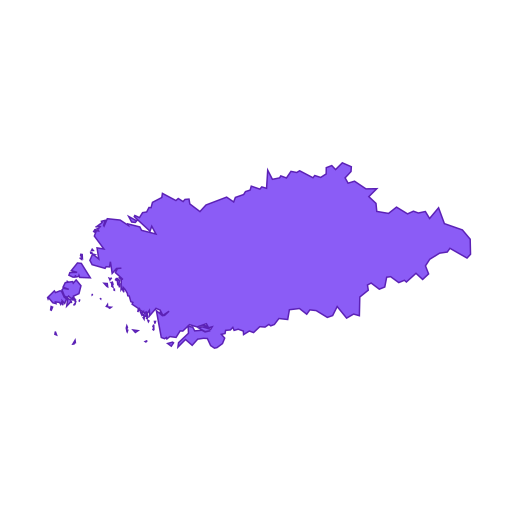 map outline of Krasnoyarsk (orthographic projection), rotated 258°
{"feature_id": "RUS-2603", "entity_name": "Krasnoyarsk", "entity_type": "Territory", "adm_level": 1, "iso_a3": "RUS", "parent_name": "Russia", "parent_adm1": "", "projection": "orthographic", "projection_center": [95.961, 66.535], "detail": "fine", "context": "isolated", "style": "filled", "palette": "violet", "viewbox_px": 512, "rotation_deg": 258, "n_neighbors": 0, "source": "natural_earth", "source_scale": "10m", "svg_char_len": 6064}
<svg xmlns="http://www.w3.org/2000/svg" viewBox="0 0 512 512"><g transform="rotate(258 256 256)"><path d="M183.1,160.7L187.3,162.2L194.5,173.9L201.4,175.0L199.5,179.3L195.5,180.5L194.6,187.7L192.3,190.4L192.4,195.8L192.7,190.4L197.5,185.0L197.9,188.6L193.7,196.4L195.9,198.5L195.7,194.7L200.1,193.4L198.9,183.6L202.7,176.7L197.8,168.8L198.5,166.2L193.0,160.9L195.1,155.0L193.4,151.6L194.9,151.3L194.1,149.4L196.0,146.4L223.2,147.2L217.1,152.0L216.9,154.2L220.1,159.5L217.2,152.6L223.0,151.0L225.6,147.3L219.7,139.6L225.0,140.4L222.5,137.7L223.6,137.2L219.8,135.5L221.5,133.1L224.3,136.6L223.8,135.1L226.7,132.0L226.0,131.3L228.4,131.1L225.8,128.7L229.1,130.1L234.6,124.8L236.2,125.9L237.3,124.1L243.2,123.7L243.8,122.3L246.2,122.4L250.5,121.0L252.7,119.7L248.0,119.2L252.2,118.1L251.1,117.0L261.6,119.5L260.9,120.9L269.0,115.0L272.5,117.9L272.1,121.8L272.8,117.0L268.9,111.7L280.7,112.4L275.8,110.4L276.7,107.2L275.3,105.8L281.6,93.9L286.3,92.6L291.9,96.6L285.7,101.6L297.0,102.2L294.5,108.7L309.1,102.0L313.9,105.1L313.2,107.2L316.2,106.5L315.8,108.0L317.4,109.0L316.8,110.6L318.2,106.9L320.7,112.4L322.1,112.0L322.3,116.7L322.0,115.0L320.0,115.2L320.1,114.7L317.6,113.3L316.8,113.6L323.4,118.3L319.4,130.6L312.3,137.6L314.0,137.4L308.6,148.4L304.9,149.4L298.3,162.7L306.8,160.2L302.3,157.5L319.8,145.1L320.8,145.9L317.8,150.0L322.0,154.1L321.8,158.2L325.7,161.4L325.1,163.4L330.0,165.9L332.8,176.0L336.7,177.5L326.9,189.2L328.4,191.9L324.4,196.0L326.1,198.3L325.6,202.3L320.7,202.1L311.1,210.4L316.3,217.7L319.7,239.5L313.5,245.4L317.6,248.0L318.7,256.7L321.2,259.1L321.7,264.0L325.3,265.9L320.6,273.7L322.4,276.0L320.0,280.4L337.5,285.3L327.6,288.0L327.5,295.3L329.2,296.9L326.0,302.0L331.5,307.8L329.2,313.2L330.3,316.4L320.7,328.0L322.5,330.2L319.4,335.6L321.7,341.7L327.8,343.1L328.7,348.9L324.0,351.8L329.2,359.8L323.5,367.8L318.9,366.5L313.9,359.4L308.1,361.2L308.7,367.9L298.8,377.5L296.7,388.1L290.6,378.7L282.5,384.3L274.5,383.4L270.1,394.5L274.6,403.6L265.7,413.0L267.1,419.3L264.3,423.7L264.3,430.9L256.6,433.6L265.2,444.6L248.5,447.0L238.6,463.3L227.9,469.0L213.1,466.2L210.1,462.0L223.2,447.3L220.1,443.9L220.6,436.2L216.7,425.3L211.1,419.7L202.6,421.1L198.4,414.1L205.8,408.9L199.3,397.7L201.4,396.1L200.3,390.1L207.8,383.4L208.1,379.4L198.9,375.5L197.9,369.7L205.6,363.0L204.5,359.0L199.2,358.7L194.3,349.0L176.1,344.7L178.9,339.4L176.4,331.7L189.7,324.9L181.8,318.6L181.1,313.0L190.1,303.5L192.1,297.5L188.5,293.5L195.6,287.6L196.5,277.5L187.3,273.8L190.1,265.4L185.2,259.7L184.6,255.9L186.4,254.4L184.6,250.1L186.1,245.0L181.6,237.7L184.0,233.9L181.7,227.5L185.2,228.0L188.1,223.4L187.8,219.1L191.0,218.5L189.0,215.6L189.6,210.8L186.6,209.6L186.6,205.8L182.2,208.3L177.3,205.0L174.5,198.8L174.5,196.2L177.8,193.0L185.4,191.3L186.4,187.6L186.8,181.7L181.9,175.0L189.0,169.7L183.1,160.7ZM270.0,75.1L263.3,78.6L256.0,75.0L254.7,69.1L253.1,69.3L253.6,67.3L251.8,69.6L250.9,67.9L255.8,64.3L254.7,63.1L256.6,60.3L263.2,59.2L264.5,60.9L262.3,65.9L265.7,60.8L269.6,63.9L269.1,71.3L267.4,71.6L270.0,75.1ZM258.7,43.5L263.8,51.5L261.9,52.3L262.7,57.1L262.1,58.4L255.5,59.9L253.5,61.7L249.4,59.0L252.4,57.2L248.0,57.0L251.0,56.0L249.3,54.9L251.4,54.2L252.8,50.3L251.0,50.5L252.5,47.5L258.2,44.5L257.2,43.7L258.7,43.5ZM286.3,79.9L285.1,83.6L269.1,89.4L271.7,79.1L273.9,78.8L272.9,78.2L272.9,75.7L273.3,74.9L274.8,75.6L273.0,74.5L273.4,72.5L276.1,69.0L278.5,70.5L277.2,77.6L280.1,72.3L286.3,79.9ZM246.3,60.4L253.6,63.1L251.5,65.6L248.5,66.0L249.7,65.3L246.3,60.4ZM321.1,139.7L315.2,146.6L313.9,144.9L315.1,141.4L321.1,139.7ZM189.1,156.5L188.2,157.3L185.4,154.4L188.8,151.4L189.1,156.5ZM249.2,45.1L248.3,46.4L245.5,44.5L246.0,43.9L249.2,45.1ZM221.2,43.0L223.8,44.0L220.2,44.5L221.2,43.0ZM211.2,61.5L208.7,61.3L208.8,60.3L207.8,59.7L207.9,58.5L211.2,61.5ZM261.5,115.2L260.5,117.5L256.7,115.9L257.0,114.9L261.5,115.2ZM260.9,101.7L260.0,104.8L256.7,104.5L257.3,103.8L260.9,101.7ZM209.2,120.4L207.5,125.1L206.3,122.1L209.2,120.4ZM294.1,85.0L293.6,86.3L290.3,85.8L292.9,84.5L294.1,85.0ZM237.8,99.1L239.3,100.6L237.1,100.3L237.8,99.1ZM196.3,194.3L199.4,189.3L197.7,193.4L196.3,194.3ZM225.5,131.2L224.0,132.3L224.7,133.6L222.2,132.0L225.5,131.2ZM312.6,103.5L313.7,102.3L315.3,103.9L315.2,105.1L312.6,103.5ZM290.9,83.1L289.5,85.0L288.9,84.8L290.9,83.1ZM208.5,140.5L210.1,141.7L206.9,141.1L208.5,140.5ZM236.7,101.4L236.0,103.7L235.3,102.1L235.8,101.5L236.7,101.4ZM219.8,136.4L221.2,137.5L219.0,137.8L219.8,136.4ZM217.7,136.0L219.0,137.2L217.2,136.5L217.7,136.0ZM214.5,115.1L212.9,115.4L211.0,114.1L212.5,114.1L214.5,115.1ZM295.4,96.1L296.7,97.2L295.2,98.0L295.4,96.1ZM260.0,108.8L260.3,110.1L258.9,110.2L260.0,108.8ZM205.5,139.9L206.7,140.9L205.1,140.3L205.5,139.9ZM261.9,118.6L263.9,117.4L261.7,119.1L261.9,118.6ZM263.0,114.6L262.9,115.6L261.9,116.5L261.7,116.0L262.2,113.9L263.0,114.6ZM195.4,129.8L195.8,132.0L194.8,130.4L195.4,129.8ZM219.9,134.1L217.6,133.4L219.3,132.8L219.9,134.1ZM216.1,136.8L214.7,137.2L215.3,138.2L214.1,137.1L216.1,136.8ZM213.1,143.1L212.9,144.1L210.9,143.0L213.1,143.1ZM255.0,115.9L255.2,116.3L253.7,115.9L255.0,115.9ZM220.4,150.2L221.4,150.8L219.8,150.8L220.4,150.2ZM293.7,95.0L293.2,96.2L292.6,96.2L293.0,95.0L293.7,95.0ZM256.3,108.7L257.0,109.5L255.3,109.6L256.3,108.7ZM269.6,65.7L270.5,66.1L269.5,67.1L269.6,65.7ZM247.9,69.7L249.8,69.6L249.1,70.3L247.9,69.7ZM264.1,108.7L264.6,110.3L263.6,109.0L264.1,108.7ZM208.8,114.1L210.7,115.5L208.5,114.2L208.8,114.1ZM257.3,108.9L258.7,109.1L257.6,109.7L257.3,108.9ZM251.1,69.8L250.6,70.3L250.1,69.8L250.6,69.5L251.1,69.8ZM253.0,87.9L252.1,87.9L252.0,87.7L253.0,87.9ZM255.0,61.3L254.5,61.9L253.9,62.0L254.1,61.5L255.0,61.3ZM318.4,105.3L317.4,105.6L318.4,105.3ZM248.8,73.7L250.2,74.7L248.7,73.8L248.8,73.7ZM264.7,107.8L264.1,108.6L263.1,108.1L264.7,107.8ZM246.6,95.0L247.0,95.5L246.3,95.2L246.6,95.0ZM260.6,114.2L261.7,114.0L261.9,114.2L260.6,114.2ZM252.3,110.0L253.7,110.7L252.0,110.4L252.3,110.0ZM246.3,67.9L247.3,69.2L245.5,67.4L246.3,67.9ZM256.1,115.8L256.4,116.6L255.8,116.4L256.1,115.8ZM290.9,98.5L290.9,97.7L291.3,97.9L290.9,98.5Z" fill="#8b5cf6" stroke="#5b21b6" stroke-width="1.5"/></g></svg>